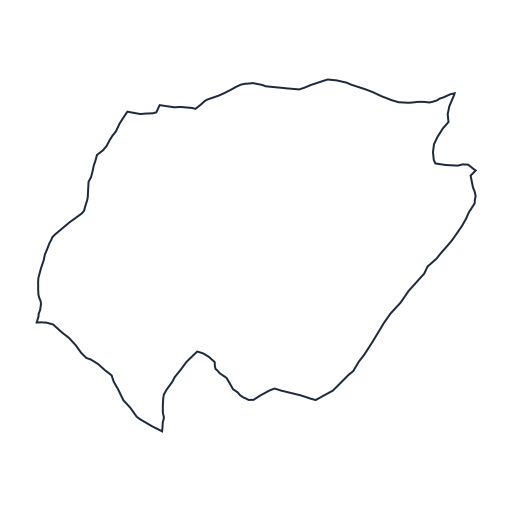 the district of Erbil, Arbil, Iraq, rotated 273°
{"feature_id": "34846034B81757937090155", "entity_name": "Erbil", "entity_type": "district", "adm_level": 2, "iso_a3": "IRQ", "parent_name": "Iraq", "parent_adm1": "Arbil", "projection": "natural_earth1", "projection_center": [44.002, 36.09], "detail": "fine", "context": "isolated", "style": "outline", "palette": "slate", "viewbox_px": 512, "rotation_deg": 273, "n_neighbors": 0, "source": "geoboundaries", "source_scale": "gbopen_adm2", "svg_char_len": 2619}
<svg xmlns="http://www.w3.org/2000/svg" viewBox="0 0 512 512"><g transform="rotate(273 256 256)"><path d="M76.0,171.4L80.9,171.6L84.8,171.6L87.2,172.1L89.7,172.5L94.6,171.2L101.0,170.8L105.2,170.8L109.1,170.8L112.7,171.2L118.0,173.8L126.1,179.1L131.0,181.3L138.8,187.0L146.2,191.8L150.1,195.3L157.5,202.3L156.1,208.0L152.9,214.1L150.1,217.6L147.9,220.3L143.7,220.7L140.9,221.6L140.2,222.9L137.0,225.9L132.7,233.0L126.7,236.9L121.8,240.0L118.9,244.8L116.1,247.4L114.0,250.9L112.9,254.0L111.9,256.2L112.2,261.0L117.2,268.0L122.8,277.2L124.6,281.6L122.8,288.6L120.4,301.5L119.2,307.8L116.1,319.2L115.3,323.2L121.3,332.8L125.6,339.8L131.9,345.5L142.2,354.7L146.1,359.1L156.0,364.3L163.0,369.2L176.8,377.1L195.6,387.1L205.5,393.3L217.1,402.9L229.2,410.3L243.3,421.7L247.2,424.9L254.5,427.9L262.8,436.4L268.7,440.6L275.6,446.1L281.9,450.9L288.8,455.2L296.6,460.0L303.9,463.7L310.3,466.1L316.7,469.7L320.1,471.6L323.0,471.6L327.4,472.2L331.9,470.9L335.8,469.1L347.5,466.1L352.9,470.9L354.4,468.5L358.3,463.1L358.3,457.6L356.8,452.8L356.8,448.5L356.8,440.6L357.8,430.3L361.2,428.5L369.0,427.3L376.9,427.9L384.2,430.9L393.0,435.8L399.9,441.2L407.7,440.0L415.6,441.2L427.3,445.5L428.9,445.8L427.6,441.4L424.4,435.3L422.6,430.9L420.9,428.7L419.1,423.9L418.4,421.3L418.7,416.0L418.4,409.5L417.3,403.3L417.0,399.8L417.0,395.4L417.0,390.2L417.7,387.6L418.7,383.2L420.8,377.1L421.9,373.5L425.8,363.9L428.2,356.5L432.1,342.0L433.9,337.2L435.6,327.1L436.0,318.4L434.2,313.5L430.3,303.5L429.6,301.7L426.4,295.1L424.6,290.3L425.0,278.1L425.3,272.8L425.7,263.2L426.0,256.6L427.1,253.5L427.8,248.7L428.5,243.9L427.8,239.5L427.4,236.0L426.4,232.1L423.9,227.3L420.3,221.6L419.3,219.8L417.5,216.7L414.3,210.6L412.2,205.4L409.7,199.2L408.0,196.6L404.4,193.1L399.8,187.8L400.5,184.3L400.9,172.5L400.2,166.8L401.6,151.9L394.2,148.9L393.1,145.4L392.4,137.9L391.7,133.1L392.7,125.2L393.4,120.0L385.3,115.2L381.4,113.0L372.9,109.5L368.7,106.4L364.1,103.8L358.1,101.1L353.5,97.6L348.6,91.9L342.6,90.6L338.0,89.3L332.3,88.4L326.0,87.1L321.4,84.9L305.8,84.9L303.0,84.5L296.3,82.8L292.1,81.9L289.3,79.7L280.1,68.3L276.5,64.4L271.6,59.1L266.7,53.9L264.2,51.7L261.7,50.8L257.8,49.0L251.1,46.8L246.5,45.1L240.5,44.2L232.8,42.0L226.8,40.7L222.5,39.8L218.3,39.8L210.2,40.3L206.3,40.7L203.1,41.6L199.6,43.3L196.8,43.8L191.1,43.3L186.9,42.0L184.4,42.0L178.1,40.5L178.5,44.9L178.5,50.2L177.0,57.0L169.5,66.2L164.4,73.5L157.4,80.7L150.0,86.6L145.3,91.9L144.1,96.2L139.8,104.0L138.1,106.1L134.3,110.8L129.2,118.1L123.0,120.5L115.6,125.3L105.0,131.1L97.9,138.4L89.3,145.2L87.0,148.6L80.7,160.7L76.0,171.4Z" fill="none" stroke="#1e293b" stroke-width="2"/></g></svg>